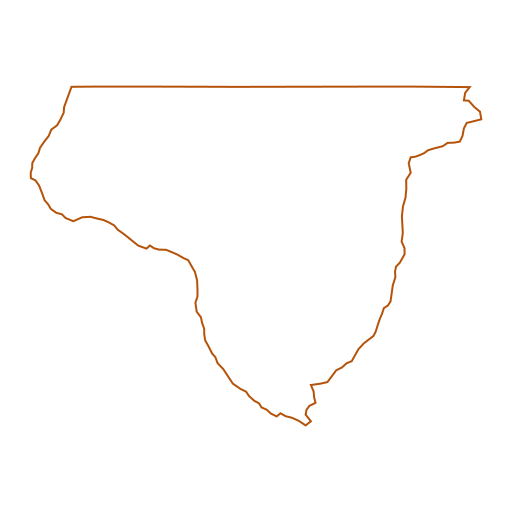 Cidade Ocidental, Goiás, Brazil
{"feature_id": "56859067B79829486223890", "entity_name": "Cidade Ocidental", "entity_type": "district", "adm_level": 2, "iso_a3": "BRA", "parent_name": "Brazil", "parent_adm1": "Goiás", "projection": "mercator", "projection_center": [-47.82, -16.154], "detail": "fine", "context": "isolated", "style": "outline", "palette": "amber", "viewbox_px": 512, "rotation_deg": 0, "n_neighbors": 0, "source": "geoboundaries", "source_scale": "gbopen_adm2", "svg_char_len": 1918}
<svg xmlns="http://www.w3.org/2000/svg" viewBox="0 0 512 512"><path d="M469.7,87.1L412.3,86.6L384.6,86.6L375.6,86.6L266.7,86.8L254.8,86.8L239.9,86.9L220.2,86.8L150.9,86.6L141.1,86.6L115.0,86.6L101.0,86.6L95.1,86.6L71.5,86.8L64.1,107.1L63.7,112.7L60.4,119.6L57.1,125.3L51.3,129.6L48.7,136.0L44.5,141.3L40.0,147.8L38.3,153.4L34.8,158.5L32.3,163.1L32.2,167.7L30.7,172.8L30.9,178.2L35.4,180.3L39.1,185.6L42.3,193.8L44.5,200.1L48.1,204.3L50.8,208.9L56.3,212.8L61.9,214.3L65.7,218.1L73.4,221.2L82.1,217.3L90.4,216.8L97.3,218.6L103.2,219.9L108.4,222.2L114.2,225.4L117.8,229.8L121.6,232.4L125.3,235.2L134.2,242.4L138.4,245.7L146.5,248.6L149.9,245.5L154.1,248.3L159.0,249.6L166.1,249.8L172.4,252.4L177.2,254.5L183.7,258.2L188.2,260.2L191.9,266.7L195.0,272.1L197.1,280.5L197.5,290.1L197.5,296.4L195.4,302.8L196.7,311.7L201.0,317.4L202.0,322.6L204.2,328.8L204.2,334.2L205.2,340.4L208.4,346.1L212.1,353.5L215.3,357.1L217.6,363.2L223.2,369.0L227.6,375.7L232.8,383.6L240.6,389.0L246.0,391.6L249.2,396.3L254.6,401.0L259.0,403.3L261.5,407.4L266.7,409.7L270.9,413.6L276.7,416.4L280.5,413.3L285.6,416.2L291.8,417.7L298.7,420.8L305.6,425.4L310.9,421.3L305.6,414.6L306.5,409.8L309.4,405.9L315.5,402.8L314.1,397.2L313.6,391.4L310.9,385.0L320.3,383.7L327.4,382.1L333.2,374.4L336.2,370.3L341.9,367.5L346.7,363.2L351.7,361.2L358.5,349.1L364.0,343.2L373.4,336.0L375.6,331.9L377.8,324.9L380.0,318.4L381.9,314.1L383.9,308.1L387.8,305.6L390.5,301.5L392.8,285.4L395.4,276.9L395.0,271.8L396.0,266.7L399.9,262.6L404.6,254.2L404.5,248.1L401.6,241.6L402.8,233.1L401.9,216.1L403.0,206.3L405.5,197.6L406.3,188.9L406.2,179.7L410.7,172.8L408.7,163.2L410.7,157.3L415.4,156.7L420.0,155.0L424.2,153.1L427.9,150.3L434.5,148.3L442.7,146.2L447.6,142.9L454.4,142.6L459.8,141.6L462.5,135.9L463.9,128.4L466.7,122.9L473.0,121.4L481.3,119.3L480.0,111.7L474.1,106.8L468.7,100.7L463.9,100.4L465.2,92.8L469.7,87.1Z" fill="none" stroke="#b45309" stroke-width="2"/></svg>